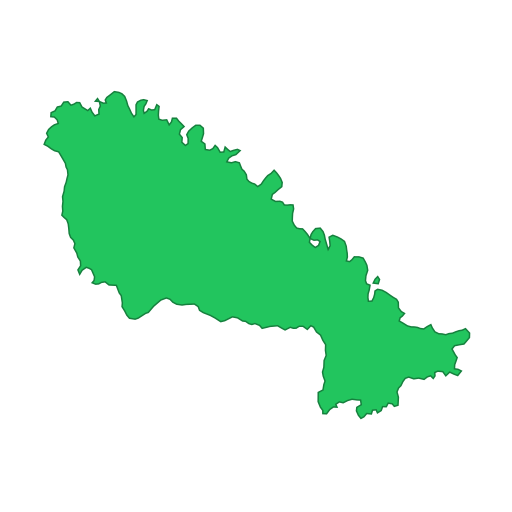 outline of Rio Negro, Paraná, Brazil, rotated 183°
{"feature_id": "56859067B64228633599215", "entity_name": "Rio Negro", "entity_type": "district", "adm_level": 2, "iso_a3": "BRA", "parent_name": "Brazil", "parent_adm1": "Paraná", "projection": "orthographic", "projection_center": [-49.709, -26.09], "detail": "fine", "context": "isolated", "style": "filled", "palette": "green", "viewbox_px": 512, "rotation_deg": 183, "n_neighbors": 0, "source": "geoboundaries", "source_scale": "gbopen_adm2", "svg_char_len": 5250}
<svg xmlns="http://www.w3.org/2000/svg" viewBox="0 0 512 512"><g transform="rotate(183 256 256)"><path d="M181.0,102.1L177.3,102.1L174.3,106.6L170.8,109.3L167.2,109.3L168.6,112.1L165.1,114.7L161.3,114.0L156.9,116.5L152.6,118.0L147.8,117.6L144.0,117.6L143.1,113.0L147.4,110.1L147.6,106.6L145.4,102.3L142.7,99.3L139.8,101.1L137.2,104.5L132.5,104.3L131.6,108.1L128.0,108.7L126.5,105.7L122.9,108.2L121.7,112.2L118.0,112.3L116.3,116.0L112.2,115.5L110.0,113.1L106.4,114.4L106.4,118.8L106.4,122.4L108.1,127.6L106.7,131.7L104.5,134.1L102.8,138.2L100.6,141.6L97.2,143.1L92.0,141.6L87.2,142.6L81.7,141.6L78.5,144.3L75.4,145.5L72.6,143.0L71.0,145.6L71.4,149.0L68.5,150.5L63.4,150.3L60.2,146.3L56.5,150.2L52.1,148.4L48.3,147.2L44.9,151.9L48.3,153.4L51.9,153.7L51.9,157.9L50.9,161.2L49.8,165.1L51.9,167.7L55.4,173.4L53.0,176.8L48.4,178.0L43.7,179.0L41.3,182.1L38.6,185.7L38.7,190.2L43.0,194.4L46.2,192.7L49.3,192.0L52.4,190.8L55.7,189.2L59.2,188.6L62.4,187.3L66.1,187.9L69.4,187.9L73.4,189.6L76.3,193.6L77.8,196.6L81.4,194.4L84.7,191.9L88.3,192.2L91.0,193.1L93.9,193.4L97.2,193.3L101.1,194.1L105.8,196.7L109.6,198.6L108.9,201.8L106.7,203.7L104.7,206.4L108.0,208.1L111.0,211.6L111.5,217.3L113.4,220.1L116.9,221.9L120.5,224.1L124.1,226.4L128.3,228.4L132.8,229.1L135.3,227.3L135.5,224.1L136.3,220.5L137.9,217.0L141.4,216.7L142.1,220.5L142.1,224.1L141.2,227.9L140.6,232.8L144.1,234.0L145.4,237.1L145.2,242.0L143.7,247.6L144.8,252.5L146.5,255.7L148.9,259.5L153.1,260.5L157.8,260.3L160.0,257.3L162.2,255.3L165.5,255.8L164.7,259.8L165.1,263.6L165.8,266.8L166.4,270.4L168.4,275.2L172.0,277.5L175.7,279.2L180.4,280.7L184.0,278.6L183.1,274.3L182.5,270.2L184.3,266.3L186.4,272.3L187.9,276.7L188.8,280.4L190.3,283.8L193.3,287.2L197.9,286.5L200.5,283.3L202.1,280.4L202.9,276.3L205.8,280.3L208.2,282.9L210.9,285.5L213.8,285.5L216.8,286.0L219.4,288.8L221.6,292.7L221.7,296.3L221.7,300.4L220.9,305.0L221.7,308.9L224.5,308.9L227.6,308.4L230.4,308.4L232.3,311.1L235.0,311.9L239.4,311.5L243.8,313.6L242.9,318.4L240.4,320.4L237.6,323.3L233.9,326.6L233.7,330.8L235.6,334.8L237.7,337.6L239.8,340.1L242.4,342.6L245.2,339.3L248.5,336.9L250.4,334.5L252.4,331.6L254.5,328.0L257.9,325.4L261.1,327.8L263.9,328.5L266.9,330.0L269.1,332.2L269.9,336.6L272.3,340.1L274.6,341.9L276.0,344.8L277.5,348.2L281.5,349.1L285.4,347.8L290.1,348.5L288.4,352.3L285.2,354.8L281.4,356.2L277.4,360.4L280.1,361.5L284.0,360.3L287.2,359.0L289.7,360.8L292.5,363.2L293.6,358.2L297.2,357.7L300.1,362.2L302.6,364.3L304.7,361.0L307.7,359.2L312.2,359.7L312.9,365.2L316.7,367.7L315.8,371.2L314.8,375.4L315.3,380.9L318.8,383.6L323.0,383.4L326.4,380.6L329.7,377.2L331.5,373.5L329.9,369.9L329.7,364.7L332.3,362.7L336.0,365.7L335.9,370.4L338.9,373.7L338.0,378.2L334.6,381.5L337.7,384.4L340.2,386.6L342.6,389.4L346.7,389.2L347.4,385.5L349.6,382.4L352.3,387.3L356.8,386.6L360.2,387.6L360.9,391.5L360.9,395.6L360.6,400.3L363.0,401.9L364.8,396.8L367.9,396.3L370.9,397.4L372.4,394.8L375.2,392.6L376.1,395.5L375.6,399.5L374.0,402.1L372.8,405.5L376.4,406.2L379.2,405.5L382.4,403.6L383.7,400.7L383.4,395.5L383.2,391.0L385.2,388.6L387.9,392.1L389.9,396.0L391.9,399.5L393.4,404.0L395.5,408.5L398.4,411.0L401.5,412.2L406.1,412.7L410.3,409.0L413.3,406.5L414.7,403.9L413.5,401.0L416.4,400.6L420.5,402.1L419.3,397.6L420.7,394.0L420.2,389.5L424.3,387.5L427.3,391.1L429.2,394.9L431.6,392.4L434.9,394.2L437.6,395.7L440.1,399.9L443.2,399.9L445.6,398.2L448.7,396.9L451.9,400.2L456.0,399.6L458.4,395.5L462.2,394.4L464.3,390.4L468.1,388.4L468.2,384.4L464.6,384.2L461.7,381.6L460.4,378.0L464.3,376.4L467.0,374.3L469.7,371.5L471.5,367.6L469.6,364.0L472.0,360.7L473.4,356.4L469.8,354.8L466.0,352.3L462.7,350.6L458.5,349.7L454.9,344.3L451.2,338.6L450.3,334.9L448.8,332.3L448.0,327.2L448.8,323.4L449.4,319.7L450.8,315.1L451.0,310.7L452.3,305.1L451.6,300.4L451.9,295.5L451.3,290.7L452.0,286.6L449.7,284.5L446.9,282.3L445.2,278.3L444.4,273.8L443.7,268.6L442.1,264.9L439.2,262.3L437.5,258.9L438.3,254.6L435.1,249.5L433.9,245.7L431.1,241.8L430.6,237.1L433.1,232.8L431.1,228.5L428.9,232.7L424.9,235.8L422.0,235.0L419.5,233.7L416.1,226.8L416.4,223.1L418.2,220.7L414.7,219.5L411.7,219.9L408.9,221.6L405.3,222.3L401.3,219.4L398.1,219.4L393.9,219.4L390.6,211.9L388.5,209.4L387.0,202.2L387.1,198.4L384.2,194.2L381.9,190.2L379.1,187.2L373.4,186.6L370.4,187.8L363.2,193.0L360.6,194.0L355.6,200.5L348.8,207.0L345.9,208.3L343.3,209.4L339.6,208.3L336.6,205.5L332.7,203.7L327.3,203.2L323.3,204.0L315.0,204.8L311.1,202.5L309.5,198.8L305.7,196.7L298.5,194.3L293.7,192.0L287.8,188.6L283.8,189.8L276.4,194.0L271.2,193.3L266.0,190.4L262.9,190.2L259.6,188.1L256.6,187.4L253.5,188.5L248.8,186.9L246.1,184.1L241.3,185.5L238.5,186.4L230.8,187.5L226.1,185.1L223.1,183.7L218.1,186.6L215.0,185.8L212.2,186.0L209.2,188.1L205.4,188.3L200.9,185.4L197.6,189.3L194.7,188.0L191.6,183.3L187.4,180.4L184.8,175.3L181.8,171.1L181.7,165.4L180.7,160.4L182.5,155.2L182.4,148.4L183.5,143.6L182.6,139.7L180.5,134.7L181.5,131.1L182.1,125.7L186.7,123.0L186.3,113.8L183.7,108.3L181.2,105.3L181.0,102.1ZM202.9,276.3L198.9,274.8L195.4,275.3L192.8,273.8L194.1,269.8L197.3,267.6L200.5,269.8L203.4,272.5L202.9,276.3ZM135.8,239.1L137.5,235.1L132.5,234.7L131.4,239.0L133.4,241.8L135.8,239.1ZM420.5,402.1L422.5,404.9L424.5,402.2L420.5,402.1Z" fill="#22c55e" stroke="#15803d" stroke-width="1.5"/></g></svg>